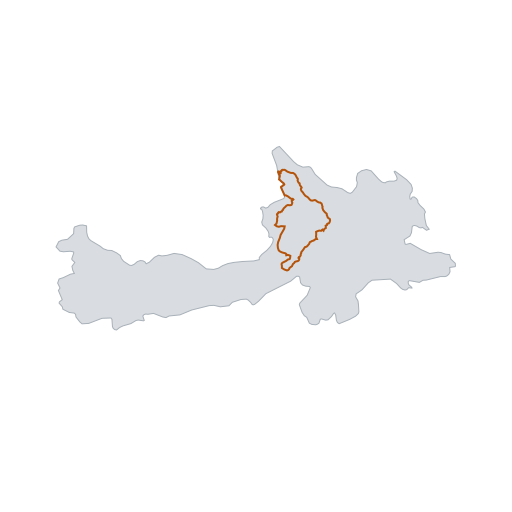 Vientiane highlighted on a map of Laos, rotated 116°
{"feature_id": "LAO-3284", "entity_name": "Vientiane", "entity_type": "Province", "adm_level": 1, "iso_a3": "LAO", "parent_name": "Laos", "parent_adm1": "", "projection": "natural_earth1", "projection_center": [102.396, 18.611], "detail": "fine", "context": "in_parent", "style": "outline", "palette": "amber", "viewbox_px": 512, "rotation_deg": 116, "n_neighbors": 0, "source": "natural_earth", "source_scale": "10m", "svg_char_len": 6858}
<svg xmlns="http://www.w3.org/2000/svg" viewBox="0 0 512 512"><g transform="rotate(116 256 256)"><path d="M191.7,77.2L193.7,81.3L203.0,92.4L204.6,95.3L208.1,97.6L210.9,107.4L212.1,108.0L213.7,107.3L214.9,106.0L215.9,102.2L216.5,101.8L217.6,104.9L220.2,105.8L221.3,107.2L221.7,109.6L221.3,112.0L219.1,117.6L217.8,125.0L226.9,141.1L230.8,143.3L239.9,145.9L246.1,149.4L249.0,148.6L251.7,144.6L255.1,142.4L261.2,139.0L263.0,138.8L266.4,140.1L272.0,144.1L280.4,151.6L280.1,153.6L278.6,155.5L274.1,158.5L272.7,160.4L273.6,161.1L277.3,161.6L281.8,163.3L283.1,165.2L283.9,169.7L284.7,170.5L288.8,170.0L290.1,170.7L291.6,172.1L293.0,175.8L293.0,178.6L288.9,183.5L288.5,186.4L286.4,189.9L280.8,195.7L279.2,196.0L268.9,192.8L260.6,193.3L259.9,194.5L261.3,198.0L261.7,201.5L260.5,204.2L255.7,207.6L255.6,209.1L256.5,210.7L263.4,213.8L285.5,230.6L295.6,233.9L300.0,236.0L301.2,237.2L301.1,238.6L300.0,240.5L299.0,243.8L299.0,245.8L300.1,247.7L301.8,250.6L308.0,257.0L312.6,258.5L317.3,265.8L318.8,272.2L321.1,276.3L332.7,290.1L342.3,298.6L348.0,307.8L350.8,309.9L351.7,313.2L352.5,322.9L355.8,327.7L356.5,329.7L358.0,331.1L359.6,331.4L362.9,328.2L363.6,328.7L365.2,333.8L366.6,335.6L371.6,338.8L377.1,344.9L380.0,347.2L383.6,348.9L384.1,350.8L383.5,352.8L382.3,354.1L376.1,357.7L375.3,359.2L379.5,367.1L389.9,376.8L393.2,382.6L392.5,385.4L389.7,391.1L387.5,392.6L387.0,394.4L388.6,399.1L388.5,406.2L386.5,407.9L384.7,412.3L383.4,412.6L380.2,411.0L373.6,418.5L370.7,418.1L367.3,422.4L363.0,422.9L360.0,419.8L353.6,414.7L351.3,411.6L349.3,414.3L346.0,416.9L341.2,416.0L340.0,419.8L339.1,420.4L333.3,421.1L332.3,421.7L333.2,425.1L336.6,430.9L337.6,434.3L335.5,439.7L329.6,439.6L326.9,437.4L323.6,432.7L315.9,429.7L310.9,431.8L309.3,431.7L305.5,427.8L304.1,425.3L303.2,421.5L309.0,418.5L311.9,416.2L313.8,413.7L314.6,411.1L315.5,400.3L316.4,396.5L315.9,391.8L314.3,388.1L314.3,382.6L315.1,378.1L317.3,375.9L318.8,372.7L319.7,365.5L319.0,363.6L316.8,361.8L313.1,360.2L310.8,358.0L309.9,355.5L310.0,353.2L311.1,351.3L308.3,349.1L301.7,346.7L298.0,343.9L297.2,340.6L294.4,336.2L289.6,330.8L287.1,323.0L286.8,312.9L287.3,304.6L289.4,295.1L286.6,288.1L283.5,284.5L279.3,281.8L275.2,278.0L271.4,273.0L266.8,265.6L261.4,255.8L257.8,251.4L255.9,252.4L252.1,251.5L246.1,248.7L241.0,247.2L236.6,246.9L233.7,247.6L232.4,249.1L232.3,250.6L233.4,252.0L232.8,253.1L230.5,254.0L228.7,255.6L226.6,259.2L225.2,263.9L223.0,265.7L219.6,266.1L216.3,267.4L213.0,269.7L211.5,271.4L211.7,272.6L211.0,272.9L209.4,272.2L208.6,270.7L208.7,268.2L207.0,266.6L203.6,265.7L199.7,263.1L192.3,256.3L190.6,256.1L188.2,257.8L185.1,261.6L182.4,263.1L180.4,262.3L178.8,263.6L177.7,267.1L175.6,269.8L165.6,277.1L156.7,286.5L154.4,287.4L149.0,284.7L147.3,282.9L154.7,263.6L155.9,259.0L155.6,252.8L152.5,247.6L152.4,246.1L152.9,244.6L156.7,238.6L161.1,223.2L160.9,218.4L158.9,213.1L157.9,208.2L158.8,201.4L158.4,198.7L156.4,197.4L149.6,196.0L145.6,197.1L143.8,199.0L141.5,200.1L137.2,200.8L133.1,198.5L129.8,194.6L129.0,189.8L133.2,179.5L134.3,175.5L134.2,173.7L133.4,171.7L132.4,171.4L130.3,169.0L128.2,164.7L126.2,162.8L124.3,163.2L122.6,164.8L119.7,168.8L118.8,168.3L121.4,154.1L123.7,148.0L126.5,145.2L129.5,144.0L132.6,144.5L135.2,143.9L137.3,142.5L137.1,141.6L134.6,141.4L133.6,139.8L134.1,136.8L135.3,134.8L137.0,133.9L138.6,130.8L140.2,125.7L142.2,123.0L144.4,123.0L148.3,120.7L153.9,116.3L156.0,112.1L158.1,114.0L157.3,119.0L158.4,120.0L158.9,121.7L158.6,124.5L159.0,126.8L159.9,128.0L161.1,128.5L166.9,126.5L170.5,126.4L176.4,130.0L179.8,127.3L179.9,126.3L177.0,122.9L177.9,110.4L177.6,101.0L172.8,94.0L171.8,91.2L171.3,86.6L169.9,82.6L173.4,79.5L175.2,73.7L177.7,72.3L178.4,72.5L181.4,76.9L185.1,74.7L188.0,74.7L190.4,75.8L191.7,77.2Z" fill="#d9dde1" stroke="#a8b0b8" stroke-width="1"/><path d="M189.0,256.8L183.5,263.5L182.7,263.8L181.3,262.8L179.9,262.4L179.6,261.9L179.3,261.9L178.7,262.6L178.4,263.4L178.1,265.2L177.2,268.0L177.1,268.8L173.7,269.6L173.1,270.0L172.8,270.8L172.4,271.3L171.6,270.7L171.6,271.4L171.5,271.9L171.3,272.4L171.1,272.8L170.4,273.1L170.1,272.8L170.1,272.5L170.8,271.2L170.9,270.9L170.6,270.4L170.1,270.5L169.6,270.8L169.4,271.0L169.1,271.0L168.9,270.4L168.6,270.3L167.7,270.5L167.2,270.3L166.9,270.0L166.8,269.6L166.0,268.1L166.0,267.0L166.3,265.8L166.4,264.6L166.1,261.5L166.0,261.0L165.3,259.6L165.1,259.0L165.3,257.3L165.9,255.9L167.6,253.7L167.9,253.1L168.1,252.5L168.5,252.1L169.3,251.9L169.9,251.7L170.5,251.1L171.0,250.5L171.4,249.9L171.5,249.5L171.5,249.0L171.6,248.6L172.2,248.3L173.0,247.7L173.4,247.0L174.1,245.5L174.6,244.9L175.0,245.1L175.5,245.2L175.9,245.1L176.4,244.9L177.2,244.1L177.6,243.6L178.4,241.5L179.0,240.7L180.1,238.4L180.3,237.6L180.4,235.8L180.6,234.9L181.7,232.4L182.0,231.1L181.6,229.7L180.0,227.8L179.8,227.1L179.9,226.3L180.3,224.7L180.3,223.7L180.3,222.9L180.2,222.5L180.0,222.1L179.8,221.8L179.9,221.3L180.0,220.8L180.1,220.1L181.1,219.1L181.9,218.5L182.2,218.1L182.6,217.7L183.6,217.5L185.4,215.6L186.5,213.1L186.9,211.3L187.3,210.7L188.0,210.5L188.5,210.0L188.9,209.4L189.4,208.9L190.0,208.4L190.5,205.7L191.6,205.0L192.9,204.7L193.9,204.7L194.8,204.9L195.3,205.6L195.9,206.1L197.1,205.8L198.2,206.7L199.4,205.9L200.4,205.5L201.0,206.0L201.6,206.4L202.6,206.5L203.7,206.4L203.5,207.2L203.2,207.9L203.9,208.2L204.7,208.4L205.1,209.3L205.4,210.3L206.6,211.5L207.9,212.6L210.5,211.2L212.5,210.5L214.0,208.7L214.5,209.8L215.8,210.4L216.3,210.8L216.8,210.9L217.9,212.2L218.9,212.8L219.8,213.6L220.4,213.7L220.9,213.6L221.6,213.5L224.7,214.3L225.5,214.7L226.6,215.9L227.9,216.1L229.2,216.2L232.8,217.0L233.3,216.8L233.6,216.6L234.9,216.6L235.9,216.1L236.7,216.2L237.5,216.3L238.2,217.0L239.1,217.0L239.4,216.0L239.9,215.7L240.6,215.6L241.7,215.8L242.6,216.6L243.4,217.7L244.3,218.5L245.5,218.6L247.1,219.3L249.4,219.2L250.8,220.0L252.0,220.6L253.3,220.5L254.5,220.9L255.4,221.8L255.7,224.6L255.4,227.5L254.3,228.0L253.2,228.6L252.4,229.3L251.4,229.6L250.4,229.2L249.5,228.5L248.5,227.8L247.6,227.0L246.5,226.4L245.4,226.0L244.0,224.4L242.8,224.5L240.8,225.2L240.8,226.3L241.0,227.5L241.5,228.7L241.9,228.8L242.1,229.1L241.6,229.4L241.1,229.4L240.7,230.5L240.9,231.8L241.2,233.2L241.4,234.6L241.4,236.4L241.0,238.0L240.1,238.9L239.2,239.8L236.6,241.4L233.8,242.2L229.4,242.5L226.3,243.1L219.2,242.6L216.8,243.2L218.1,246.4L218.9,247.4L219.7,248.2L220.2,250.4L219.8,252.5L217.9,251.8L214.9,252.5L213.9,253.1L212.6,253.6L211.1,253.8L209.5,255.4L208.7,255.4L208.2,254.9L207.6,255.1L206.7,254.9L206.5,254.7L206.5,254.0L206.3,253.5L205.9,253.3L205.5,253.2L205.3,253.0L204.7,252.3L203.5,252.4L203.0,252.1L202.6,251.9L201.5,252.1L200.5,251.8L199.0,251.2L197.4,250.7L196.2,249.7L195.8,248.3L195.2,247.3L194.5,246.5L193.3,246.5L192.2,246.7L191.5,247.6L190.7,248.1L189.7,247.5L188.8,247.2L188.5,248.1L189.1,249.1L189.1,250.2L188.4,253.6L188.4,255.8L188.6,256.2L188.8,256.6L189.0,256.8L189.0,256.8Z" fill="none" stroke="#b45309" stroke-width="2"/></g></svg>